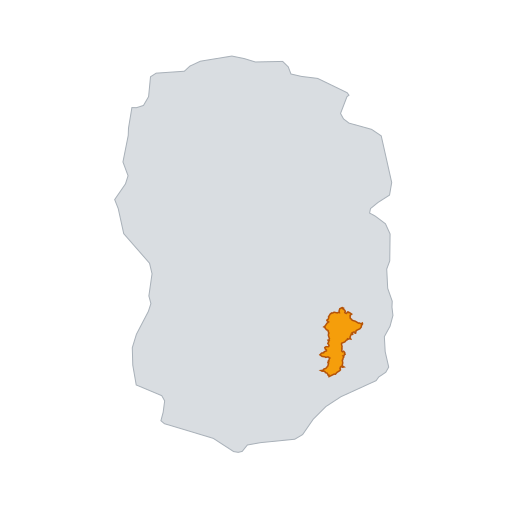 Kratovo, Rankovce, North Macedonia shown in context, rotated 103°
{"feature_id": "65306769B16547433729319", "entity_name": "Kratovo", "entity_type": "district", "adm_level": 2, "iso_a3": "MKD", "parent_name": "North Macedonia", "parent_adm1": "Rankovce", "projection": "mercator", "projection_center": [22.15, 42.098], "detail": "fine", "context": "in_parent", "style": "filled", "palette": "amber", "viewbox_px": 512, "rotation_deg": 103, "n_neighbors": 0, "source": "geoboundaries", "source_scale": "gbopen_adm2", "svg_char_len": 3002}
<svg xmlns="http://www.w3.org/2000/svg" viewBox="0 0 512 512"><g transform="rotate(103 256 256)"><path d="M230.8,124.6L239.3,125.7L257.9,120.4L269.4,113.1L275.3,112.0L283.1,109.2L294.3,109.6L305.7,112.8L320.2,108.6L334.4,101.7L340.1,103.4L346.3,109.2L350.4,110.9L374.0,141.6L386.9,154.0L402.1,163.5L419.5,170.4L425.8,177.0L436.8,209.5L442.1,221.9L449.5,225.5L451.3,229.1L451.6,233.8L443.3,256.6L440.0,307.5L437.9,311.6L429.2,311.3L417.7,312.4L413.3,316.4L408.6,343.7L390.1,351.5L373.2,355.9L359.1,354.9L334.1,348.4L326.0,347.7L319.0,351.4L296.7,353.3L287.0,358.1L264.0,389.9L240.8,400.9L232.8,406.4L215.1,399.4L206.6,398.7L194.3,406.8L167.3,407.6L160.1,409.0L139.3,410.3L138.4,405.9L134.6,399.5L124.9,396.5L105.1,399.1L100.3,394.4L92.1,367.4L85.8,363.1L78.7,354.0L66.6,324.5L66.3,311.6L67.1,300.3L60.4,273.8L64.5,267.1L70.8,262.9L70.8,252.2L69.1,235.9L76.4,203.9L78.4,201.6L80.3,203.2L98.1,205.7L102.7,201.6L105.6,195.3L106.6,171.9L110.8,161.0L153.9,140.3L166.6,139.6L176.3,149.1L184.0,155.1L188.6,155.0L190.3,148.8L195.5,137.1L204.4,130.3L230.6,124.6L230.8,124.6Z" fill="#d9dde1" stroke="#a8b0b8" stroke-width="1"/><path d="M303.0,172.4L303.9,170.4L305.5,171.7L308.6,172.9L309.8,173.9L310.1,172.6L310.6,172.5L312.1,170.6L312.1,169.6L312.8,168.6L313.4,168.7L314.7,167.6L315.7,167.9L317.2,167.6L320.1,165.8L321.2,166.1L321.6,165.8L321.9,166.9L323.2,165.8L325.0,166.4L326.7,164.7L327.7,164.8L328.2,165.3L328.6,167.3L329.7,168.4L331.1,167.6L331.6,166.3L332.6,166.0L333.9,168.0L335.1,168.3L335.8,170.2L337.9,171.5L339.0,169.0L338.7,166.1L339.1,165.4L338.1,163.0L338.8,161.1L339.3,161.5L341.0,161.4L341.9,161.9L342.4,161.4L343.1,162.0L343.8,162.0L344.0,161.2L346.9,161.2L349.9,162.7L350.8,164.4L352.3,165.1L353.0,167.0L353.4,165.7L352.9,163.7L353.2,162.7L354.0,162.2L354.2,160.3L355.8,158.9L355.7,158.5L356.1,158.6L356.2,158.1L357.1,157.7L353.5,153.3L353.3,152.0L351.2,150.9L349.0,148.7L347.9,148.1L346.8,148.9L346.2,148.6L345.5,148.9L344.5,148.2L345.0,146.9L344.3,145.3L343.5,147.4L340.7,147.4L338.1,148.5L337.5,148.1L335.9,148.2L334.6,147.7L333.8,148.7L333.5,148.0L332.1,147.5L331.9,147.2L331.4,147.8L330.6,147.5L329.4,148.7L329.1,149.2L329.9,150.2L329.2,151.2L327.0,151.3L326.6,151.7L325.1,151.7L322.6,152.9L321.7,152.9L319.7,150.1L317.6,149.0L317.1,148.2L316.1,148.2L316.3,147.4L315.6,146.4L315.6,145.0L314.0,146.2L310.7,145.6L310.9,144.7L310.3,144.1L309.2,145.1L307.9,143.4L308.3,142.3L308.9,142.1L308.8,141.6L306.1,141.6L303.5,138.4L301.4,137.4L300.4,137.7L298.2,136.9L297.4,137.3L298.4,138.4L298.0,140.2L298.4,140.9L297.2,144.6L297.0,147.8L296.1,148.7L295.7,150.0L294.0,150.7L293.3,150.6L292.6,151.0L291.1,149.7L290.1,152.2L290.3,153.5L289.8,153.5L289.8,154.0L291.7,155.1L291.5,156.2L291.1,156.8L289.8,156.5L288.8,157.5L287.7,159.9L287.1,159.2L286.8,160.4L288.5,162.5L290.6,162.7L292.4,162.0L292.4,163.1L293.2,164.0L293.2,167.3L294.3,168.4L294.4,169.4L295.0,169.6L295.3,170.4L299.0,171.7L299.8,171.2L301.4,171.5L302.4,172.5L303.0,172.4Z" fill="#f59e0b" stroke="#b45309" stroke-width="1.5"/></g></svg>